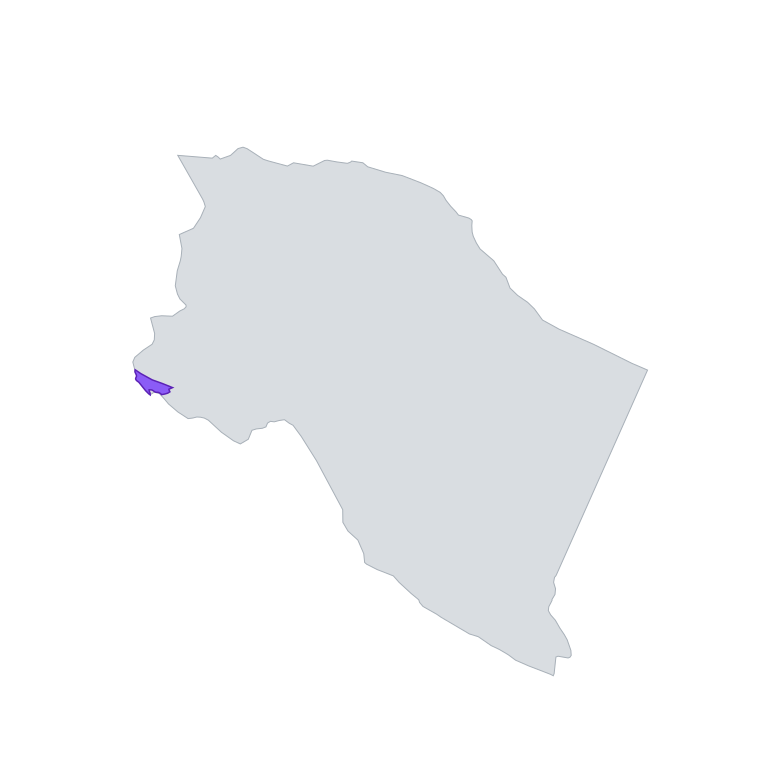 location of Koboko within Uganda, rotated 294°
{"feature_id": "UGA-3081", "entity_name": "Koboko", "entity_type": "County", "adm_level": 1, "iso_a3": "UGA", "parent_name": "Uganda", "parent_adm1": "", "projection": "equal_earth", "projection_center": [30.954, 3.522], "detail": "fine", "context": "in_parent", "style": "filled", "palette": "violet", "viewbox_px": 768, "rotation_deg": 294, "n_neighbors": 0, "source": "natural_earth", "source_scale": "10m", "svg_char_len": 2813}
<svg xmlns="http://www.w3.org/2000/svg" viewBox="0 0 768 768"><g transform="rotate(294 384 384)"><path d="M503.9,619.1L495.9,619.1L482.9,619.1L469.8,619.1L456.8,619.1L443.7,619.1L430.7,619.1L417.6,619.1L404.6,619.1L391.5,619.1L378.4,619.1L365.4,619.1L352.3,619.1L339.3,619.1L326.2,619.1L313.2,619.1L300.1,619.1L287.1,619.1L279.4,619.1L277.8,618.8L276.8,618.4L271.8,619.6L266.7,624.0L261.3,625.8L255.5,625.1L254.8,625.5L251.8,625.4L247.6,625.1L243.8,626.3L240.9,630.1L237.9,636.6L232.5,644.0L228.4,650.6L224.8,655.4L216.6,663.1L212.2,665.4L210.0,665.0L208.6,663.6L206.1,653.7L204.5,652.1L188.7,657.2L186.3,657.3L186.5,654.2L185.3,630.9L185.2,616.6L187.2,607.7L188.4,597.4L188.6,588.3L191.5,572.9L190.4,563.7L194.1,531.2L195.1,525.9L196.6,510.2L198.9,505.4L201.0,503.5L203.7,493.9L208.9,478.5L212.5,470.6L211.7,453.3L212.3,441.5L213.1,438.9L220.8,434.5L230.8,423.6L235.0,410.9L240.9,402.7L252.4,397.4L286.5,353.5L302.4,329.8L309.3,317.7L309.6,313.4L310.9,307.6L308.1,303.2L304.8,299.1L303.7,295.4L300.9,293.5L296.8,293.6L294.1,290.9L291.0,285.6L288.0,282.2L278.3,282.5L270.8,277.1L270.9,269.7L273.8,255.1L279.5,238.3L279.8,233.7L279.0,229.8L277.7,226.4L275.1,223.1L272.7,219.1L274.6,207.1L278.1,195.3L281.0,189.4L283.9,182.8L283.1,177.4L278.9,174.7L281.1,169.4L285.6,160.5L294.3,151.6L301.9,145.6L307.0,145.5L317.0,150.3L326.0,156.0L330.9,156.2L336.9,153.9L349.3,143.9L352.3,147.1L355.9,153.1L359.9,163.2L367.7,167.8L371.4,170.9L374.1,171.8L375.6,171.0L378.6,163.1L382.1,158.8L388.8,153.4L403.3,149.1L413.8,147.8L418.2,146.8L425.6,144.3L437.3,136.2L448.8,146.6L461.3,148.7L473.4,148.6L477.1,145.4L479.2,143.0L491.9,125.8L509.0,102.6L520.5,135.3L524.4,137.3L523.9,140.1L522.9,142.9L530.4,150.8L539.7,154.9L543.0,158.9L543.3,163.3L540.2,182.4L540.8,187.9L543.8,207.1L549.3,211.4L554.2,230.7L564.0,238.8L565.4,241.2L567.7,250.6L570.7,260.8L573.1,263.2L574.5,263.8L577.5,274.7L575.8,280.8L578.1,299.3L581.8,315.9L582.8,335.8L582.8,344.5L582.7,349.8L581.9,357.4L580.1,361.7L577.0,366.0L573.5,372.6L570.5,379.8L568.6,383.3L570.1,394.0L569.7,396.8L568.9,398.2L564.4,399.8L558.7,402.7L555.2,405.5L550.4,411.0L546.4,416.9L541.2,434.2L532.5,447.6L531.1,452.0L522.9,460.1L519.3,470.0L517.0,482.1L513.8,490.8L506.9,502.8L505.3,521.6L505.5,559.3L503.7,602.2L503.9,619.1Z" fill="#d9dde1" stroke="#a8b0b8" stroke-width="1"/><path d="M289.7,154.8L290.5,154.7L291.5,154.1L293.7,151.6L294.4,151.3L295.8,150.9L294.6,157.6L293.5,170.6L294.3,181.3L294.7,192.3L291.7,189.6L290.8,190.4L289.8,191.6L287.6,190.1L285.6,187.7L283.8,185.1L284.2,184.3L284.6,182.2L284.5,181.1L283.7,179.0L283.6,177.9L284.1,175.1L284.1,174.2L283.2,171.8L282.0,172.4L280.6,174.0L279.0,174.8L279.3,173.2L280.9,169.0L285.8,159.5L286.1,158.3L286.3,157.2L286.7,156.1L287.5,155.1L288.3,154.8L289.7,154.8Z" fill="#8b5cf6" stroke="#5b21b6" stroke-width="1.5"/></g></svg>